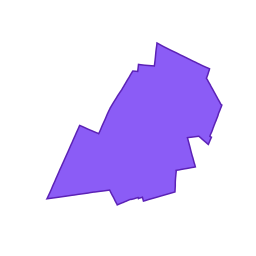 outline of Carpinis, Timis, Romania, rotated 345°
{"feature_id": "2599482B73230505833398", "entity_name": "Carpinis", "entity_type": "district", "adm_level": 2, "iso_a3": "ROU", "parent_name": "Romania", "parent_adm1": "Timis", "projection": "mercator", "projection_center": [20.916, 45.814], "detail": "fine", "context": "isolated", "style": "filled", "palette": "violet", "viewbox_px": 256, "rotation_deg": 345, "n_neighbors": 0, "source": "geoboundaries", "source_scale": "gbopen_adm2", "svg_char_len": 3401}
<svg xmlns="http://www.w3.org/2000/svg" viewBox="0 0 256 256"><g transform="rotate(345 128 128)"><path d="M158.6,196.5L159.7,192.4L160.4,190.3L161.1,188.3L162.6,184.3L163.4,182.2L163.5,181.8L163.5,181.4L165.0,181.5L166.4,181.7L167.1,181.7L168.8,181.8L172.3,182.1L174.1,182.3L176.6,182.5L179.6,182.7L181.0,182.9L183.0,183.0L183.0,180.9L183.0,180.3L182.9,179.1L182.9,176.6L182.9,175.0L182.9,173.5L182.8,171.6L182.8,170.8L182.8,166.7L182.9,162.8L182.9,159.0L182.9,158.7L182.9,155.5L182.9,154.5L182.9,152.7L183.8,152.8L186.3,153.2L188.5,153.5L193.0,154.1L194.3,154.3L195.6,156.2L196.6,157.8L199.3,161.7L201.3,164.7L201.5,164.5L203.1,162.4L204.0,161.2L206.2,158.5L204.9,157.3L204.9,157.2L206.0,155.6L207.0,154.4L208.0,153.2L208.7,152.2L209.5,151.1L209.9,150.4L210.9,149.1L211.9,147.6L212.7,146.6L213.9,144.9L215.0,143.6L215.8,142.4L216.8,141.1L217.8,139.7L218.6,138.5L218.7,138.3L218.7,138.1L219.2,137.4L219.9,136.5L220.5,135.7L221.5,134.4L222.5,133.0L223.6,131.6L224.6,130.1L223.9,129.4L223.5,127.7L223.2,126.4L222.7,124.4L222.5,123.9L222.1,122.1L221.9,121.2L221.6,120.1L221.1,117.9L220.6,116.0L220.3,114.7L219.7,112.2L219.1,110.0L218.7,108.5L218.7,108.0L217.7,104.4L217.2,102.2L216.6,100.3L216.6,100.2L217.2,99.5L218.0,98.3L218.7,97.4L219.2,96.6L220.3,94.8L221.4,93.2L222.1,91.9L220.5,90.6L219.3,89.7L216.7,87.6L215.4,86.5L212.9,84.3L212.0,83.6L210.4,82.1L208.2,80.3L206.6,78.9L205.3,77.7L204.7,77.2L204.1,76.7L202.6,75.3L201.3,74.2L199.6,72.7L197.9,71.3L197.4,70.9L195.7,69.3L194.7,68.4L193.8,67.6L192.0,66.1L190.1,64.5L187.7,62.4L186.5,61.3L184.9,59.9L184.0,59.1L182.8,58.0L180.6,55.9L179.5,54.8L178.0,53.4L177.0,56.0L176.0,58.3L174.9,61.0L173.6,64.5L172.6,67.2L171.2,70.8L169.5,74.9L165.3,73.4L160.2,71.6L156.7,70.2L154.6,69.3L153.4,72.4L152.0,75.9L150.2,75.2L147.4,74.2L146.0,75.5L144.4,77.0L142.0,79.5L141.3,80.1L139.5,81.8L136.4,84.9L135.5,85.7L135.3,86.0L134.9,86.4L132.8,88.4L131.9,89.4L130.2,90.8L127.1,93.5L125.9,94.6L124.5,96.0L123.5,96.9L120.8,99.4L118.1,102.0L116.6,103.5L116.1,103.9L115.5,104.7L113.8,106.6L111.3,109.6L109.0,112.6L107.9,114.0L105.3,117.1L103.1,119.8L101.6,121.8L100.2,123.6L98.9,125.1L98.2,125.9L97.8,125.5L95.9,124.1L95.3,123.6L94.1,122.7L93.0,121.8L92.9,121.7L90.5,119.9L89.9,119.4L89.1,118.8L87.2,117.2L84.8,115.2L82.0,113.0L81.9,113.1L81.1,114.0L80.8,114.5L78.0,117.9L77.3,118.7L74.7,122.0L74.1,122.7L71.6,125.8L70.7,127.0L68.6,129.5L67.4,131.0L65.9,132.9L63.9,135.4L62.0,137.7L60.6,139.4L58.4,142.1L57.2,143.6L54.8,146.5L53.7,147.9L51.4,150.6L50.2,152.2L47.7,155.3L46.9,156.3L45.1,158.5L43.6,160.5L40.6,164.1L38.1,167.4L35.4,170.7L34.7,171.5L31.6,175.2L31.5,175.3L31.4,175.4L38.4,176.3L43.1,176.9L50.5,177.8L56.7,178.5L58.6,178.8L62.7,179.2L66.4,179.7L72.6,180.5L74.5,180.6L78.3,181.0L79.1,181.2L82.2,181.6L85.2,182.0L87.1,182.3L90.2,182.7L94.2,183.2L94.9,186.7L95.6,189.8L95.8,190.2L96.0,191.4L96.2,192.1L96.7,195.0L97.1,196.6L97.4,197.9L97.5,198.3L97.6,198.6L97.7,199.5L101.1,199.0L103.4,198.7L104.2,198.7L105.6,198.4L106.1,198.3L107.0,198.3L108.0,198.1L109.2,197.9L110.6,197.7L111.4,197.6L111.6,197.6L112.2,197.7L112.5,197.8L114.8,197.9L115.8,197.9L119.0,197.7L119.8,197.8L119.8,198.8L120.0,198.7L121.1,198.7L122.5,198.7L123.4,198.6L124.0,198.6L124.0,199.7L124.0,201.8L124.0,202.6L126.2,202.6L127.4,202.5L129.6,202.4L130.9,202.4L138.5,202.3L142.0,202.2L152.9,202.0L156.8,201.9L158.5,196.7L158.6,196.5Z" fill="#8b5cf6" stroke="#5b21b6" stroke-width="1.5"/></g></svg>